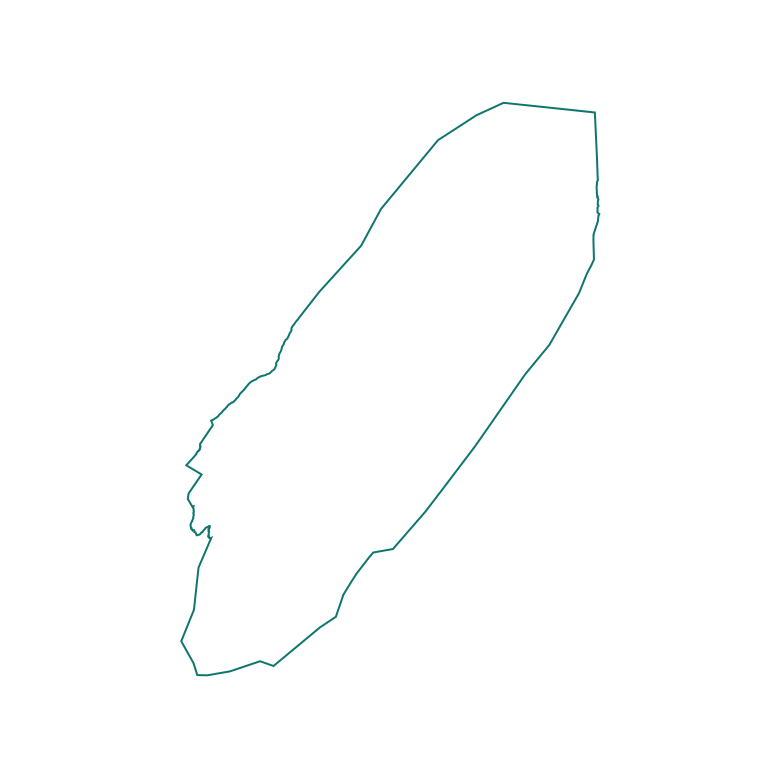 the district of Lesja nor, Oppland, Norway, rotated 129°
{"feature_id": "86288312B96709074525664", "entity_name": "Lesja nor", "entity_type": "district", "adm_level": 2, "iso_a3": "NOR", "parent_name": "Norway", "parent_adm1": "Oppland", "projection": "equal_earth", "projection_center": [8.709, 62.19], "detail": "fine", "context": "isolated", "style": "outline", "palette": "teal", "viewbox_px": 768, "rotation_deg": 129, "n_neighbors": 0, "source": "geoboundaries", "source_scale": "gbopen_adm2", "svg_char_len": 5549}
<svg xmlns="http://www.w3.org/2000/svg" viewBox="0 0 768 768"><g transform="rotate(129 384 384)"><path d="M353.1,492.3L386.4,491.7L387.9,491.5L388.6,491.6L391.0,491.7L394.7,491.4L397.2,491.4L398.0,491.3L398.9,491.0L399.6,490.5L400.4,489.7L400.8,489.6L401.5,489.5L402.0,489.3L403.1,489.3L403.8,489.3L404.6,489.0L405.7,488.6L407.3,488.2L408.4,488.0L409.4,487.7L410.3,487.8L411.6,488.2L412.8,487.9L414.3,487.8L415.2,487.5L416.3,486.9L417.1,486.8L418.5,486.8L419.5,486.5L420.2,486.1L422.5,485.1L423.5,484.8L426.9,484.2L427.5,483.9L428.1,483.5L429.2,483.0L429.6,482.5L430.1,482.0L430.9,481.6L431.7,481.4L432.7,481.3L433.7,481.3L434.7,481.2L435.8,480.9L436.5,480.1L436.8,479.7L437.3,479.5L439.3,479.0L440.7,478.6L441.3,478.5L442.1,478.6L443.2,478.9L444.0,479.2L445.8,479.3L447.9,479.6L449.8,481.0L450.3,481.2L450.8,481.3L451.2,481.5L451.6,481.7L452.4,482.2L452.7,482.5L454.4,483.8L454.9,484.2L455.6,484.5L456.2,485.0L457.8,485.6L458.4,485.9L460.1,486.3L461.0,486.4L461.5,486.6L462.3,487.2L463.4,487.6L464.2,488.0L465.6,488.6L467.0,488.9L468.8,489.2L469.7,489.2L474.0,489.2L474.9,489.2L476.7,489.2L477.8,489.3L481.5,489.7L482.2,489.7L482.6,489.7L484.9,489.3L486.2,489.2L486.7,489.3L487.1,489.4L487.7,489.5L488.9,489.5L489.4,489.5L489.9,489.4L490.5,489.4L490.9,489.6L491.4,489.7L492.1,489.6L492.5,489.6L492.9,489.9L493.4,490.0L493.8,490.1L494.0,490.2L494.2,490.5L494.4,490.7L495.1,490.9L496.0,491.0L496.4,491.1L496.7,491.3L497.0,491.5L497.4,491.6L499.0,491.8L499.6,491.9L500.1,491.8L500.7,491.7L501.6,491.9L502.1,491.9L502.9,491.8L503.6,491.9L505.2,492.2L507.3,492.2L508.0,492.2L509.3,492.2L509.7,492.5L510.2,492.6L511.8,492.7L513.3,492.6L513.8,492.7L515.6,493.1L516.3,493.3L517.3,493.7L518.3,494.0L519.6,494.4L520.0,494.6L520.8,495.1L521.2,495.3L523.7,491.1L542.6,489.5L543.8,489.3L544.2,489.3L544.6,489.3L544.8,489.3L545.0,489.4L545.8,489.4L546.0,489.2L546.8,488.9L546.9,488.6L547.0,488.4L547.4,488.2L547.7,488.1L547.9,488.0L548.2,487.9L548.3,487.8L548.2,487.2L548.4,487.0L549.3,486.7L549.9,486.6L550.0,486.5L550.1,486.4L550.3,486.3L550.8,486.3L550.9,486.1L550.9,485.9L551.6,485.8L552.7,485.9L552.7,486.1L552.9,486.2L553.0,486.2L553.8,486.3L554.9,486.3L555.3,486.2L555.6,486.1L555.9,486.0L556.2,486.0L556.4,485.9L556.7,485.7L571.6,486.5L569.1,468.8L591.8,467.0L593.5,466.1L596.8,464.2L599.8,456.2L599.6,456.1L599.7,455.7L598.8,455.1L599.1,454.9L599.7,455.2L600.0,455.5L600.9,453.2L601.1,453.0L601.5,452.9L602.5,452.1L602.6,451.9L602.6,451.7L602.8,451.4L603.4,451.1L603.9,451.1L604.1,451.0L604.6,450.7L604.8,450.4L605.0,450.1L605.0,449.8L605.3,449.5L606.0,449.3L606.3,449.1L606.7,448.8L607.7,448.4L607.9,448.3L608.0,448.1L608.3,447.8L608.5,447.7L610.6,447.1L612.9,446.5L613.9,446.3L614.7,446.0L615.0,445.9L615.3,445.7L615.8,445.0L616.1,444.7L616.4,444.5L616.4,444.4L616.5,444.3L616.7,444.1L616.8,444.0L617.2,443.8L617.3,443.7L617.4,443.4L617.2,443.1L617.1,442.9L617.3,442.7L617.8,442.7L618.0,442.5L618.0,442.4L617.8,442.0L617.7,441.8L618.1,440.9L618.3,440.7L618.3,440.2L618.2,440.1L617.4,440.1L617.2,439.9L617.1,439.7L617.8,438.6L618.4,438.2L618.1,437.4L618.0,437.2L618.0,436.9L618.2,436.6L618.8,435.7L619.0,435.1L619.3,434.7L619.4,434.4L619.3,434.1L618.0,433.3L617.7,433.1L617.5,432.9L617.3,432.7L616.9,432.5L616.3,432.4L614.5,432.5L614.3,432.5L614.0,432.4L613.7,432.0L613.5,431.9L613.4,431.9L612.7,431.9L611.8,432.1L611.5,432.1L610.1,432.0L609.6,432.0L609.2,432.0L608.6,432.1L608.0,432.1L606.5,431.3L604.6,430.6L604.4,430.4L605.0,430.2L605.0,429.6L604.8,429.4L605.2,429.2L605.8,429.2L606.1,429.1L606.3,429.1L606.8,429.1L607.0,429.1L606.9,428.8L607.0,428.8L607.3,428.6L607.4,428.4L607.5,428.3L607.6,428.2L607.8,428.1L608.0,428.1L608.8,427.9L608.9,427.7L608.7,427.5L608.7,427.2L608.9,426.9L609.5,426.8L609.6,426.7L610.3,426.3L610.9,425.8L611.1,425.6L611.8,425.3L612.5,425.2L612.9,425.0L613.1,424.8L613.0,424.6L612.9,424.5L612.5,424.4L612.4,424.3L612.5,424.2L613.1,423.9L613.4,423.8L613.6,423.5L613.6,423.4L613.1,422.8L613.1,422.7L613.5,422.5L613.5,422.4L613.5,422.0L613.3,421.9L612.3,421.4L643.4,412.6L679.1,389.6L711.5,379.7L720.8,356.4L727.7,345.9L721.6,338.0L704.3,322.9L677.4,305.8L672.7,292.4L613.4,280.6L595.2,274.9L582.1,279.7L575.1,282.3L574.3,282.7L573.8,282.9L573.2,283.0L571.6,283.2L566.0,283.9L559.4,284.8L548.5,286.0L528.3,286.5L521.7,286.3L506.6,273.2L456.7,271.5L425.4,272.4L375.8,274.0L371.1,274.3L287.5,280.4L249.5,280.1L190.8,289.6L170.8,295.7L161.3,297.6L156.0,298.9L155.1,299.2L139.8,312.3L139.1,312.7L136.4,315.0L130.4,317.4L123.4,320.0L121.5,321.1L119.6,322.4L119.3,322.5L118.7,322.9L118.5,323.1L118.1,323.2L117.0,323.4L116.6,323.6L116.9,323.9L116.5,324.2L116.4,324.5L116.3,325.0L116.4,325.5L116.3,326.0L115.9,326.3L115.8,326.6L114.9,327.1L114.6,327.4L113.7,328.1L113.1,328.5L112.9,328.9L112.3,329.1L110.9,329.3L110.6,329.6L110.2,329.8L110.2,330.1L110.3,330.4L110.3,330.5L110.1,330.7L109.9,330.8L109.8,331.1L109.5,331.3L109.2,331.5L108.4,332.1L107.5,332.6L107.4,332.7L107.2,332.8L106.7,333.1L106.0,333.3L105.9,333.3L105.8,333.5L105.5,333.8L105.4,333.9L105.4,334.1L105.3,334.5L104.9,335.0L104.6,335.2L104.6,335.3L104.4,335.5L104.2,335.4L103.9,335.7L104.2,335.9L104.6,335.9L104.5,336.1L100.9,339.4L99.0,341.0L97.8,342.2L97.5,342.5L97.3,342.6L96.9,342.8L96.8,343.0L96.7,343.1L96.4,343.3L95.9,343.5L95.5,343.7L95.3,344.0L95.2,344.0L94.4,344.5L94.2,344.7L93.8,345.0L93.5,345.4L93.3,345.5L92.8,345.7L92.0,345.7L91.5,345.9L91.3,346.0L91.2,346.1L91.0,346.3L90.5,346.5L90.2,346.7L90.1,347.0L74.8,360.3L40.3,391.0L90.3,468.1L117.0,481.3L160.5,495.5L249.7,496.5L290.9,488.8L353.1,492.3Z" fill="none" stroke="#0f766e" stroke-width="2"/></g></svg>